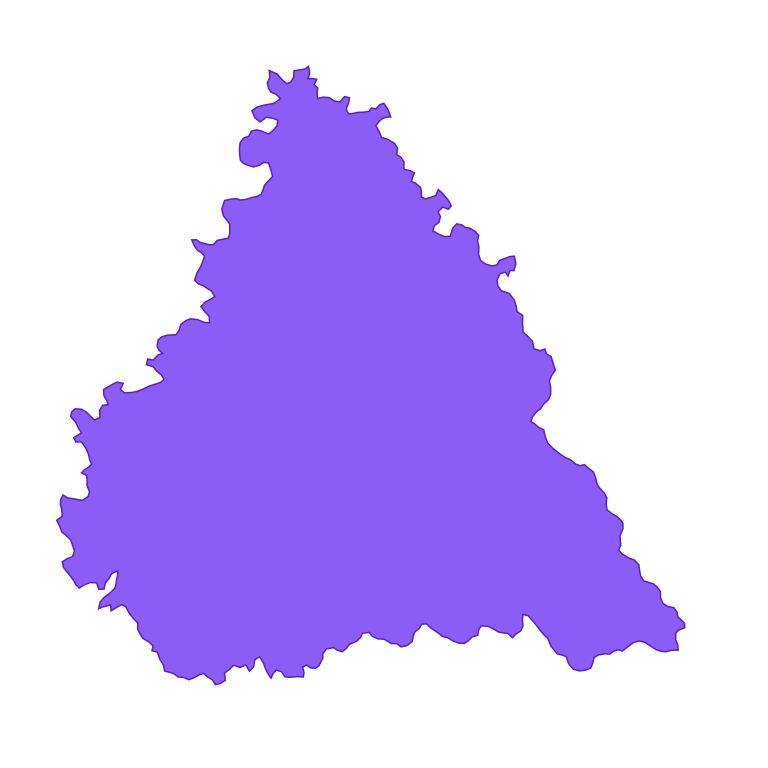 the district of Luz, Minas Gerais, Brazil, rotated 184°
{"feature_id": "56859067B37044810293791", "entity_name": "Luz", "entity_type": "district", "adm_level": 2, "iso_a3": "BRA", "parent_name": "Brazil", "parent_adm1": "Minas Gerais", "projection": "orthographic", "projection_center": [-45.672, -19.865], "detail": "fine", "context": "isolated", "style": "filled", "palette": "violet", "viewbox_px": 768, "rotation_deg": 184, "n_neighbors": 0, "source": "geoboundaries", "source_scale": "gbopen_adm2", "svg_char_len": 6110}
<svg xmlns="http://www.w3.org/2000/svg" viewBox="0 0 768 768"><g transform="rotate(184 384 384)"><path d="M495.6,690.2L495.5,683.7L498.2,678.4L502.1,676.8L507.1,680.7L512.3,685.8L520.4,688.7L519.2,682.1L521.4,676.2L519.7,670.7L517.0,667.2L512.0,665.5L507.2,661.6L512.6,656.7L517.0,655.3L522.7,653.9L529.8,651.5L534.8,647.4L531.3,640.4L525.7,636.8L519.9,642.0L513.4,641.3L508.5,639.9L508.5,634.7L511.8,629.8L516.6,625.3L523.2,627.6L528.7,628.7L533.9,627.1L536.1,621.8L541.4,619.4L544.4,614.6L544.6,608.0L543.9,602.6L542.9,597.3L539.4,594.1L535.1,592.8L529.5,591.4L523.5,593.5L519.7,596.5L514.7,596.6L512.0,590.3L509.6,583.2L513.8,578.2L517.2,573.7L518.2,569.1L519.9,564.6L523.2,562.4L527.1,561.4L535.1,558.4L539.9,557.5L543.8,558.6L549.1,557.9L555.8,556.0L558.0,547.4L556.1,540.7L552.5,536.9L549.1,532.8L548.4,524.3L549.3,518.7L560.3,515.7L563.7,511.3L567.9,510.6L572.1,511.5L577.4,512.4L581.1,514.8L585.9,514.4L582.7,508.3L579.3,504.3L575.1,502.2L571.9,499.0L573.4,493.4L575.3,487.7L578.4,481.5L580.2,474.3L576.1,471.0L571.0,469.4L567.5,467.3L562.7,464.7L558.8,459.3L563.8,455.9L568.6,452.8L571.9,448.4L567.8,443.7L563.1,439.2L562.3,432.8L567.9,433.0L574.9,435.3L581.8,435.5L586.1,433.4L590.6,429.5L592.3,423.0L594.7,418.7L603.3,417.6L608.7,415.7L612.3,412.5L613.0,405.9L610.7,402.0L607.0,399.0L611.4,397.3L615.8,391.8L621.4,392.4L622.4,386.7L615.4,385.0L611.4,380.8L606.7,377.5L603.8,373.2L607.0,369.9L617.3,365.9L623.4,362.5L629.0,359.6L634.7,358.0L642.3,357.0L646.7,360.4L644.1,366.4L650.4,367.3L656.0,364.0L663.4,358.9L662.5,352.7L659.6,348.5L657.7,344.2L663.1,343.1L666.0,337.8L665.0,330.7L670.2,327.9L674.6,331.4L679.0,335.2L683.8,337.7L690.4,337.7L693.5,334.5L694.3,329.8L688.6,324.0L685.6,318.4L682.3,314.2L689.8,308.8L687.4,304.7L681.8,305.1L676.8,299.0L673.8,293.0L672.3,287.9L670.0,283.5L673.3,280.1L676.8,277.6L679.5,274.3L674.4,272.0L673.3,266.9L673.3,262.2L670.2,255.9L671.4,251.1L676.8,246.8L686.9,248.0L691.8,248.3L696.3,251.0L698.4,246.4L698.4,241.5L696.8,236.4L695.7,229.7L701.0,225.2L697.5,219.3L694.9,213.8L690.9,211.0L685.7,206.8L681.1,196.0L682.6,190.1L687.7,187.7L692.5,184.2L690.9,178.5L683.1,170.2L679.8,166.2L677.4,162.3L673.8,159.2L669.1,162.7L663.2,165.5L656.7,165.5L654.2,159.4L648.9,159.9L648.2,165.7L644.9,170.6L642.3,176.0L636.7,179.0L636.4,174.8L637.2,170.1L637.4,165.7L638.3,161.3L642.6,156.6L648.4,151.5L652.0,146.6L653.0,139.9L648.5,142.2L641.4,144.5L640.4,138.7L634.2,143.1L630.2,145.7L626.1,143.8L622.6,138.2L618.0,132.9L612.9,128.4L612.7,122.6L610.4,118.3L607.0,113.5L600.6,110.4L596.0,106.5L596.9,101.8L591.4,100.7L588.4,93.7L584.6,88.5L582.7,82.3L577.6,81.4L573.3,80.4L569.0,77.4L563.6,77.3L557.9,75.4L552.0,78.3L547.8,81.1L544.0,82.7L540.1,79.9L534.2,76.6L531.3,72.4L526.5,73.8L521.6,77.3L522.9,84.5L518.4,88.5L514.3,92.9L507.8,91.2L502.1,94.1L498.2,88.2L494.3,92.8L493.6,99.9L489.2,103.2L485.0,97.6L482.5,92.0L480.0,87.5L476.2,82.7L474.4,87.5L471.6,91.2L465.9,89.7L462.4,85.0L457.1,84.9L450.0,86.1L444.0,86.1L443.7,90.8L445.4,95.9L441.5,98.2L437.4,95.7L432.6,95.7L429.3,98.2L427.7,102.2L425.9,106.4L426.2,110.8L422.9,115.7L416.1,117.5L411.6,115.0L406.9,114.1L403.4,117.2L400.0,122.1L393.5,125.4L389.8,129.3L388.0,133.9L381.6,135.1L378.1,131.5L372.7,129.4L365.8,129.4L358.8,125.7L352.7,125.7L348.7,123.0L343.0,124.5L337.9,129.0L337.3,134.4L336.0,138.8L331.8,142.6L329.7,147.0L324.8,147.7L320.4,144.0L311.6,138.8L307.9,136.1L303.5,135.6L297.3,132.6L291.4,130.7L285.8,130.9L282.0,133.7L278.7,137.7L273.0,140.0L272.5,145.1L270.3,149.4L263.6,149.7L257.2,147.0L252.4,144.5L242.5,143.6L238.3,139.9L235.1,143.6L230.1,147.5L228.5,152.6L229.4,158.2L229.4,163.8L224.1,162.9L219.6,158.5L214.7,153.4L210.3,148.4L206.4,144.5L203.0,141.9L199.1,134.0L195.9,130.8L192.2,126.8L187.9,126.1L183.3,124.9L180.4,117.9L175.1,112.6L168.7,111.4L163.2,112.6L158.0,115.0L156.2,120.5L155.4,125.9L151.0,128.7L144.5,130.4L140.3,130.2L136.1,133.6L131.5,135.3L127.5,134.2L123.1,138.3L117.2,143.4L111.3,145.5L105.4,144.4L94.0,137.9L89.1,136.8L84.5,136.5L78.8,138.4L72.0,139.1L72.7,144.2L75.1,148.9L75.6,156.0L72.5,159.4L67.0,161.7L67.5,166.1L71.0,169.4L74.8,172.2L75.6,176.6L79.1,181.0L85.5,181.9L90.3,184.5L93.2,190.1L93.8,196.3L97.4,200.6L101.1,203.3L111.1,205.7L114.5,210.1L116.0,215.7L117.1,221.3L122.2,226.0L127.8,227.5L134.5,230.9L138.4,235.0L136.5,239.5L137.3,243.7L137.9,249.2L135.5,256.5L136.0,261.8L138.9,265.3L142.8,268.3L147.6,270.6L152.7,273.9L153.9,279.5L153.9,286.2L157.0,291.0L160.5,294.1L164.3,298.4L166.1,304.7L169.0,310.9L174.2,314.2L178.4,317.6L182.8,316.1L187.7,317.7L192.6,321.4L198.4,323.5L204.7,327.1L211.1,331.6L216.4,336.3L219.5,342.7L221.4,349.4L227.1,351.7L231.1,354.9L234.8,356.8L233.7,361.5L229.8,367.1L226.1,370.1L223.4,375.0L218.8,379.9L217.0,385.4L217.5,392.3L219.2,398.8L217.5,403.9L214.0,409.8L216.6,416.0L219.1,422.8L224.1,425.4L225.9,430.2L230.6,428.1L237.0,429.7L238.8,436.9L243.8,441.4L248.8,445.5L250.0,453.3L250.4,462.0L256.4,465.6L257.5,470.8L260.0,477.0L265.5,483.1L273.5,485.2L277.2,489.6L278.5,495.5L276.1,502.0L270.8,504.1L267.8,500.4L266.3,506.0L262.3,506.2L260.8,513.0L262.8,520.6L267.3,519.9L277.4,515.3L279.4,510.8L284.2,509.3L291.4,510.8L296.4,514.1L298.7,520.0L298.9,527.4L300.7,533.4L299.9,538.8L304.0,542.9L309.7,545.5L314.2,546.0L317.8,548.3L322.7,548.8L326.3,544.4L328.3,535.9L333.9,535.3L339.4,537.1L346.0,540.2L344.7,545.6L340.5,549.0L339.4,555.1L342.1,559.5L337.7,564.6L332.0,562.8L329.3,566.4L331.8,570.7L338.8,578.2L343.4,581.7L345.5,575.6L350.6,573.4L355.7,571.6L359.8,573.1L360.0,577.4L361.1,582.5L366.6,586.5L370.8,588.0L369.7,592.6L368.4,596.8L372.5,598.4L379.3,599.8L379.5,607.0L383.0,611.5L387.4,613.7L386.9,619.9L390.0,624.6L397.5,628.3L403.8,629.9L406.3,635.3L410.1,641.1L407.1,645.7L404.1,648.7L400.3,650.4L395.9,650.9L399.5,658.6L403.8,664.0L407.8,662.3L411.3,657.8L415.6,658.5L418.1,654.9L423.5,653.7L428.7,653.2L432.8,652.0L438.2,650.9L440.9,655.7L438.9,661.9L438.4,667.2L443.4,667.9L447.4,662.5L453.3,662.8L458.5,665.8L464.5,666.0L470.2,664.1L470.9,669.3L470.9,674.9L474.6,677.7L472.3,683.2L476.7,683.8L481.1,683.3L479.8,689.0L481.5,695.6L485.0,692.6L495.6,690.2Z" fill="#8b5cf6" stroke="#5b21b6" stroke-width="1.5"/></g></svg>